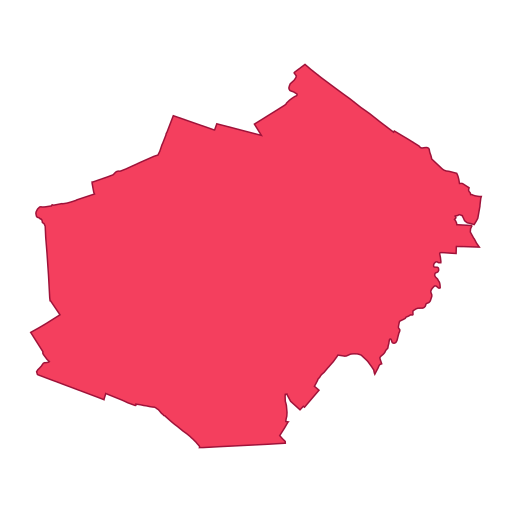 the district of Andrid, Satu Mare, Romania
{"feature_id": "2599482B72200274127305", "entity_name": "Andrid", "entity_type": "district", "adm_level": 2, "iso_a3": "ROU", "parent_name": "Romania", "parent_adm1": "Satu Mare", "projection": "albers", "projection_center": [22.373, 47.533], "detail": "fine", "context": "isolated", "style": "filled", "palette": "rose", "viewbox_px": 512, "rotation_deg": 0, "n_neighbors": 0, "source": "geoboundaries", "source_scale": "gbopen_adm2", "svg_char_len": 6009}
<svg xmlns="http://www.w3.org/2000/svg" viewBox="0 0 512 512"><path d="M319.0,390.2L314.4,386.3L315.3,384.7L317.5,380.5L317.6,380.3L317.8,379.4L319.8,377.1L320.6,375.7L321.6,374.5L324.1,372.3L328.0,367.6L329.1,366.5L329.2,366.3L332.2,362.9L333.2,361.8L337.1,356.4L337.9,355.1L343.4,355.9L344.2,356.1L345.1,356.1L346.3,356.0L350.6,354.1L352.4,353.9L354.0,353.8L357.4,353.9L360.2,354.7L361.3,355.2L366.3,359.9L367.5,361.1L368.2,362.0L371.7,366.8L373.1,369.0L373.8,370.0L373.9,370.9L374.4,373.2L374.8,374.2L376.6,370.7L377.9,368.3L379.0,365.7L379.3,365.2L379.9,364.5L381.7,363.8L380.2,359.4L379.8,357.9L379.9,357.6L380.7,356.4L383.3,354.2L384.1,353.3L384.8,352.4L385.7,350.5L386.0,350.1L387.6,348.4L387.8,348.1L387.9,347.7L388.1,346.3L388.5,344.6L388.8,343.7L389.0,342.1L389.4,339.9L389.6,339.4L389.9,339.1L390.2,339.0L390.7,339.1L391.1,339.4L392.0,342.0L392.3,342.6L392.7,342.9L393.2,343.1L393.9,343.2L394.7,343.1L395.8,342.5L396.4,341.6L397.0,340.4L397.5,338.6L397.9,336.9L398.9,333.1L399.6,331.5L399.8,330.7L399.8,329.9L399.7,329.5L398.6,328.2L398.4,327.1L398.5,326.2L399.0,323.5L399.5,321.5L399.8,321.2L400.5,320.8L403.6,319.3L405.2,318.4L405.5,318.0L405.9,317.3L406.3,317.0L408.1,316.3L408.9,315.9L410.5,314.9L412.3,315.0L412.8,314.8L413.0,314.4L412.9,312.8L412.9,311.6L413.0,311.2L413.2,310.7L414.6,309.8L416.2,308.8L417.9,308.2L422.7,308.1L423.5,307.8L424.2,307.4L424.7,306.9L425.3,306.2L425.6,305.4L425.8,304.4L426.4,303.6L426.7,303.4L428.6,302.7L428.9,302.5L429.7,301.7L430.3,300.9L431.5,297.3L431.8,296.3L431.8,295.5L431.8,294.9L431.6,294.2L431.2,293.3L430.8,291.9L430.8,291.2L431.0,290.6L431.4,289.7L432.0,288.7L432.5,288.1L433.5,287.0L434.3,286.2L434.8,285.9L435.2,285.9L436.2,286.1L438.5,288.0L438.9,288.1L439.5,288.1L440.0,288.0L440.2,287.6L440.0,284.9L439.7,283.2L439.4,282.2L438.3,280.5L437.6,279.1L436.2,277.7L435.8,277.4L435.3,276.7L434.8,275.7L434.7,275.3L434.8,274.3L435.0,273.7L435.2,273.2L435.6,272.9L437.2,272.3L437.7,271.9L438.0,271.7L438.4,270.9L438.6,270.5L438.7,270.0L438.6,268.8L438.3,267.9L437.5,267.3L434.6,267.1L434.1,266.9L433.8,266.6L433.6,266.0L433.6,265.4L433.7,264.6L434.2,263.4L434.7,262.9L435.1,262.5L435.8,262.0L436.4,261.8L436.8,261.8L437.5,262.0L438.2,262.6L438.6,262.7L440.8,262.7L440.9,261.7L440.4,257.3L439.7,254.0L439.7,253.6L439.7,253.3L439.9,253.0L440.2,252.8L440.7,252.6L444.3,252.7L449.8,253.1L456.1,253.5L456.3,247.2L456.4,246.5L464.2,246.6L479.3,247.1L476.5,243.1L474.3,238.9L473.7,238.2L470.3,232.0L470.6,228.4L470.9,228.1L471.2,227.3L471.8,226.2L471.8,225.9L471.4,225.5L456.8,224.7L456.6,223.2L456.1,222.0L455.7,221.1L455.2,220.2L454.5,219.4L455.9,217.9L455.9,217.6L455.8,217.1L455.1,216.1L455.7,215.8L457.7,215.5L458.9,214.7L459.3,214.7L459.7,214.7L462.5,215.7L463.0,215.7L462.3,216.0L463.3,217.8L464.5,220.5L465.1,221.2L467.1,222.7L467.6,222.9L470.7,223.5L473.3,224.3L474.1,224.6L476.1,221.4L477.3,219.2L477.8,218.2L478.2,216.0L479.9,206.4L480.0,204.7L480.6,199.8L480.8,198.2L481.3,196.5L479.6,196.5L478.0,196.3L475.0,195.8L473.2,195.2L471.8,194.6L471.1,194.5L470.6,194.6L470.5,193.8L470.1,192.7L469.3,191.8L469.0,191.3L468.7,190.6L468.6,190.0L468.7,189.3L468.9,188.5L469.1,187.8L462.6,183.6L461.7,183.4L459.5,183.5L458.8,179.4L458.1,176.7L457.5,175.0L456.7,173.3L449.4,171.4L448.2,171.2L446.3,171.0L445.2,170.6L444.1,170.2L443.0,169.5L442.0,168.7L431.7,159.0L431.3,157.0L430.8,155.2L430.3,153.9L429.7,152.0L429.2,149.3L428.7,148.4L427.8,147.8L426.7,147.5L424.8,147.6L422.2,148.0L421.4,147.9L420.8,147.7L420.3,147.4L419.0,146.0L408.9,139.7L394.3,131.0L393.6,132.2L379.3,121.3L370.0,113.9L360.8,107.4L349.8,98.7L343.4,94.1L336.2,88.8L321.3,77.7L310.8,69.4L305.0,64.4L294.7,72.1L294.1,72.9L296.3,75.9L295.9,77.6L294.1,80.3L293.2,81.1L290.3,83.7L289.5,85.6L289.1,86.9L288.9,87.8L289.0,88.9L289.8,90.3L290.1,90.6L291.3,91.1L293.6,91.9L296.8,93.9L297.1,94.2L296.9,95.3L296.6,95.7L294.6,96.6L291.9,98.4L289.5,100.2L286.8,102.8L286.4,103.3L286.2,103.9L284.7,105.2L254.4,124.1L261.4,135.4L216.8,123.8L214.6,130.0L214.3,130.0L173.3,115.7L167.1,131.9L166.2,133.6L165.9,135.1L162.7,143.3L162.0,144.7L161.8,145.3L159.8,151.3L157.9,155.1L156.8,155.4L154.0,156.3L140.4,162.3L128.4,167.8L126.1,168.9L120.7,171.0L119.8,171.2L118.2,171.1L117.1,171.4L116.5,171.6L116.0,171.9L115.1,172.7L113.4,174.5L112.8,174.9L112.1,175.2L110.6,175.7L108.1,176.7L92.8,182.0L92.1,182.0L92.1,183.3L93.3,189.9L93.8,192.4L94.5,194.0L76.7,199.9L75.9,200.4L71.3,201.9L67.0,203.1L62.5,203.8L62.2,203.6L61.9,203.6L53.6,205.2L52.1,204.8L51.5,205.9L45.0,206.9L43.2,207.0L42.3,207.0L40.8,206.8L39.7,207.0L38.2,208.4L37.7,208.9L37.2,209.7L36.2,211.7L36.0,212.5L35.9,213.7L36.0,214.1L36.4,216.1L36.9,216.9L37.3,217.2L38.2,217.6L39.3,217.9L40.3,219.0L40.8,218.8L41.9,220.0L42.3,221.5L42.4,222.5L44.1,223.7L45.2,226.2L45.7,237.2L47.0,253.2L48.5,275.3L48.9,282.3L49.7,297.5L50.1,300.8L50.6,300.9L60.0,314.8L45.7,323.8L39.1,327.7L30.7,332.4L42.9,351.7L42.8,353.1L43.4,354.5L46.9,359.2L49.3,361.6L48.5,362.2L46.0,362.7L44.4,362.7L43.3,363.3L42.2,364.8L41.4,366.1L40.6,366.9L40.0,367.6L37.8,369.8L36.6,371.7L37.4,374.4L37.6,374.6L40.0,375.6L40.4,375.7L45.9,377.8L98.1,397.4L104.0,399.7L104.1,398.9L104.4,398.0L105.5,394.5L105.7,393.5L121.8,400.0L124.5,401.2L127.6,402.7L135.2,405.5L135.8,405.4L135.9,404.1L136.6,404.2L140.7,404.8L142.5,405.2L142.9,405.3L143.6,405.5L146.2,405.8L149.7,406.6L153.1,407.1L154.3,407.1L155.6,407.7L156.9,408.7L158.2,409.5L158.9,410.2L161.2,413.0L161.9,413.7L162.7,414.2L163.8,415.5L165.2,416.0L166.0,416.9L172.1,422.3L174.8,424.5L177.5,426.5L182.8,430.9L187.1,434.0L190.0,436.4L191.5,437.9L192.6,438.8L193.6,439.8L196.3,442.5L196.7,443.1L199.2,445.9L199.6,446.8L199.7,447.2L199.5,447.6L202.7,447.6L218.9,446.7L266.9,444.3L285.3,443.2L285.2,441.4L284.8,441.0L284.1,440.3L282.6,438.9L279.7,435.6L284.6,427.9L287.9,422.2L288.2,421.9L285.8,421.5L286.0,419.5L286.8,416.1L287.0,412.4L286.4,405.5L286.0,403.8L285.3,401.3L285.1,396.3L285.3,394.3L287.0,394.1L287.1,394.7L290.6,401.3L300.0,409.8L303.3,406.3L304.5,407.2L319.0,390.2Z" fill="#f43f5e" stroke="#9f1239" stroke-width="1.5"/></svg>